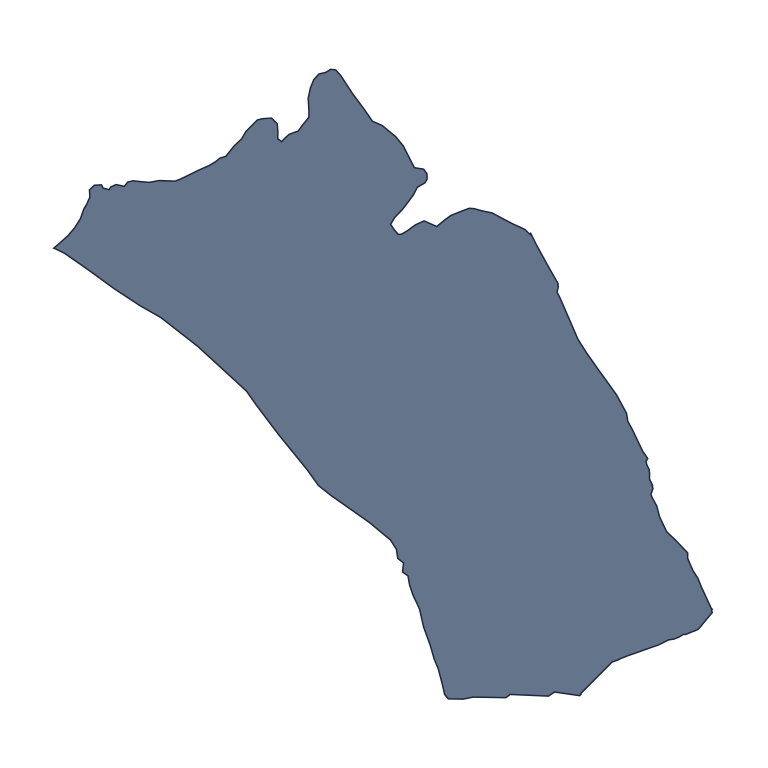 the district of Habila - SK, South Kordufan, Sudan, rotated 91°
{"feature_id": "16777658B69543543335458", "entity_name": "Habila - SK", "entity_type": "district", "adm_level": 2, "iso_a3": "SDN", "parent_name": "Sudan", "parent_adm1": "South Kordufan", "projection": "orthographic", "projection_center": [30.058, 11.931], "detail": "fine", "context": "isolated", "style": "filled", "palette": "slate", "viewbox_px": 768, "rotation_deg": 91, "n_neighbors": 0, "source": "geoboundaries", "source_scale": "gbopen_adm2", "svg_char_len": 3415}
<svg xmlns="http://www.w3.org/2000/svg" viewBox="0 0 768 768"><g transform="rotate(91 384 384)"><path d="M691.8,186.1L691.8,185.7L691.9,184.9L692.0,184.7L692.0,184.1L692.1,183.7L692.2,182.9L691.6,182.4L691.3,182.1L690.8,181.6L689.9,181.7L689.6,181.4L686.8,178.7L686.2,178.2L685.6,177.6L683.8,175.8L680.5,172.7L678.7,171.0L678.2,170.5L677.0,169.3L676.4,168.8L673.8,166.2L672.7,165.2L670.7,163.3L668.9,161.5L667.3,160.0L666.0,158.7L659.8,152.8L658.9,152.0L658.0,151.0L656.0,145.6L654.7,143.2L654.5,142.8L651.5,135.7L646.8,123.0L642.9,112.7L640.4,105.6L635.0,95.2L634.9,95.1L634.0,89.7L632.0,84.9L631.8,84.4L629.2,80.5L629.2,79.7L629.2,78.2L629.0,77.8L628.3,75.9L627.8,74.9L624.0,65.9L621.0,63.1L618.0,60.9L609.5,54.0L606.7,51.7L604.9,52.6L603.9,52.1L603.3,51.7L603.0,51.6L602.8,51.5L603.0,51.6L603.9,52.2L601.9,53.2L581.4,63.1L572.7,66.8L565.2,71.8L557.2,75.5L553.9,76.9L552.8,77.4L549.9,77.4L547.6,77.4L535.0,89.8L526.8,98.8L511.8,106.2L501.3,109.1L493.1,113.8L489.9,115.2L483.7,113.2L482.1,113.9L481.0,113.6L474.3,116.9L467.7,116.9L467.0,117.3L465.0,117.3L460.6,119.6L456.8,120.8L454.0,119.0L452.4,120.1L447.0,124.0L440.3,127.4L425.8,134.6L417.0,139.6L409.0,141.0L390.8,151.3L375.6,162.6L368.3,168.1L365.0,170.6L362.6,172.3L349.2,182.1L339.2,188.7L335.5,191.1L335.0,191.3L329.6,193.7L320.5,197.8L316.4,199.7L316.1,199.8L313.1,201.2L303.4,205.6L294.7,209.6L289.2,212.5L287.6,212.2L283.3,211.4L282.5,211.9L280.7,211.6L263.9,221.6L241.7,234.3L230.9,239.9L232.1,240.5L227.0,245.8L221.8,257.7L219.9,261.6L211.0,279.1L209.1,289.4L207.2,296.4L207.1,296.8L206.8,301.8L210.4,310.8L214.3,320.1L219.4,326.7L223.3,331.3L225.6,334.1L220.2,346.8L224.3,355.3L230.5,363.5L233.9,369.1L234.1,372.5L230.3,375.8L229.5,376.5L225.2,379.5L224.3,380.2L217.3,376.2L209.8,369.1L201.6,363.0L194.1,357.7L186.8,354.2L182.2,346.6L178.3,344.4L173.4,344.7L173.1,344.7L168.5,348.1L167.2,357.4L145.6,368.9L136.5,376.6L125.6,390.3L121.5,400.1L108.3,409.6L94.0,420.7L76.5,432.5L70.8,437.8L70.3,442.8L73.4,447.6L75.2,454.5L80.9,459.5L89.1,462.7L99.5,464.8L112.4,463.8L118.7,463.8L126.4,469.9L132.6,474.2L134.2,478.6L136.0,483.1L139.6,487.1L143.5,490.6L140.6,494.5L140.0,494.5L133.4,494.5L125.6,495.3L125.1,495.8L120.1,501.1L120.9,510.4L122.2,515.2L127.4,520.2L134.1,526.6L141.3,530.5L148.3,537.7L154.0,542.2L159.2,546.2L161.0,552.0L164.6,556.2L168.7,562.8L173.9,574.0L178.0,581.9L182.4,590.7L184.8,596.2L184.5,612.4L186.5,622.2L186.0,629.7L185.2,638.4L186.5,643.7L190.9,647.1L189.3,655.3L191.7,660.6L194.5,662.2L193.0,668.3L192.5,668.6L190.7,669.5L189.8,670.0L189.9,671.1L190.3,676.9L190.6,677.2L190.6,677.4L194.6,681.4L195.0,681.9L201.8,681.4L202.4,681.4L204.9,682.5L209.3,684.3L212.7,686.3L214.3,687.2L222.4,689.9L224.1,690.5L229.2,693.6L233.3,696.1L233.6,696.3L237.1,699.2L238.3,700.2L238.8,700.6L241.4,702.7L242.1,703.6L245.8,707.5L247.6,709.4L250.7,712.9L253.0,715.5L253.9,716.5L254.0,716.2L258.9,705.7L274.2,682.9L293.6,655.2L310.0,629.3L321.4,608.4L349.3,571.3L373.0,544.5L393.6,521.3L407.2,511.4L436.6,488.4L470.9,459.5L486.6,447.8L496.3,435.2L522.6,396.4L533.3,383.0L539.9,374.7L549.1,368.7L558.2,367.2L562.5,361.4L571.6,362.2L575.4,356.7L584.5,354.9L594.4,351.4L608.3,344.6L626.2,340.2L644.5,333.2L657.9,329.1L668.1,324.7L683.8,320.3L693.5,317.9L697.7,314.2L697.7,309.8L697.7,299.4L695.5,289.5L695.5,279.8L695.5,256.7L692.2,252.4L693.2,214.1L689.0,208.1L691.8,186.1L691.8,186.1Z" fill="#64748b" stroke="#1e293b" stroke-width="1.5"/></g></svg>